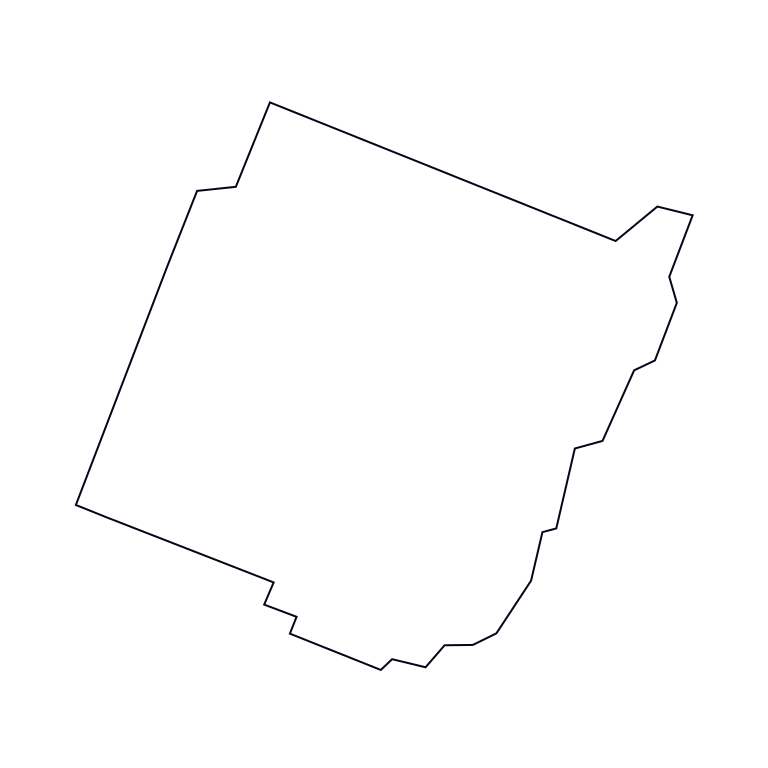 the district of Pike, Georgia, United States of America, rotated 201°
{"feature_id": "52423323B93853380479562", "entity_name": "Pike", "entity_type": "district", "adm_level": 2, "iso_a3": "USA", "parent_name": "United States of America", "parent_adm1": "Georgia", "projection": "equal_earth", "projection_center": [-84.437, 33.09], "detail": "fine", "context": "isolated", "style": "outline", "palette": "ink", "viewbox_px": 768, "rotation_deg": 201, "n_neighbors": 0, "source": "geoboundaries", "source_scale": "gbopen_adm2", "svg_char_len": 514}
<svg xmlns="http://www.w3.org/2000/svg" viewBox="0 0 768 768"><g transform="rotate(201 384 384)"><path d="M207.6,172.2L189.7,191.5L176.2,253.1L183.0,302.5L171.4,310.9L182.7,392.2L159.6,409.2L155.4,486.4L139.5,503.1L139.7,564.7L156.1,586.3L156.3,652.1L192.4,647.6L219.0,600.5L591.4,606.0L593.0,515.0L627.7,497.3L628.5,415.9L628.3,160.6L594.2,160.1L415.9,159.2L416.8,135.1L382.2,135.3L382.4,117.2L284.5,115.9L277.8,130.0L243.7,134.4L233.8,161.8L207.6,172.2Z" fill="none" stroke="#020617" stroke-width="2"/></g></svg>